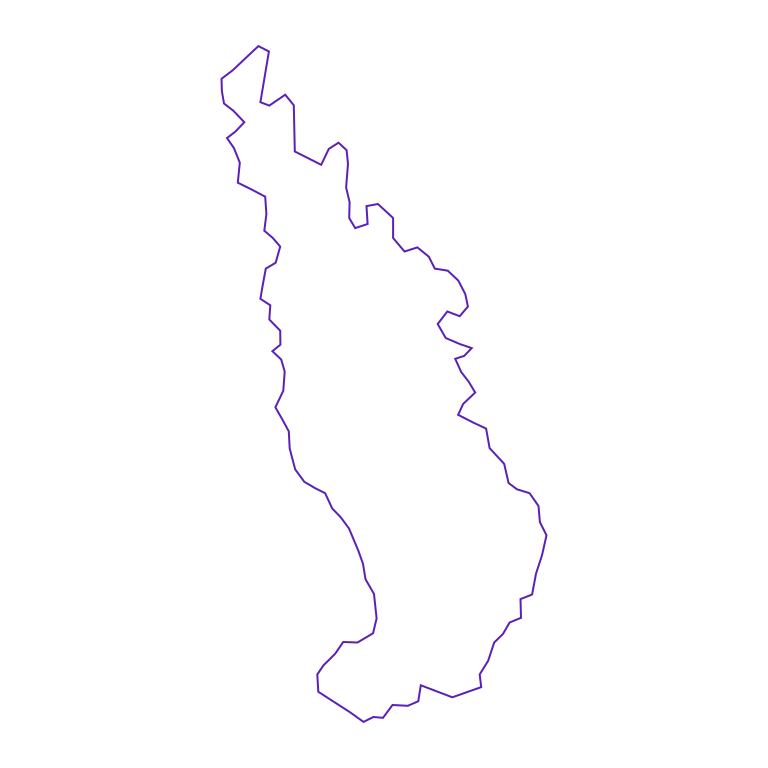 Vista Alegre, Rio Grande do Sul, Brazil (Equal Earth projection)
{"feature_id": "56859067B7058350465037", "entity_name": "Vista Alegre", "entity_type": "district", "adm_level": 2, "iso_a3": "BRA", "parent_name": "Brazil", "parent_adm1": "Rio Grande do Sul", "projection": "equal_earth", "projection_center": [-53.516, -27.316], "detail": "fine", "context": "isolated", "style": "outline", "palette": "violet", "viewbox_px": 768, "rotation_deg": 0, "n_neighbors": 0, "source": "geoboundaries", "source_scale": "gbopen_adm2", "svg_char_len": 1631}
<svg xmlns="http://www.w3.org/2000/svg" viewBox="0 0 768 768"><path d="M245.4,58.3L232.8,70.2L221.5,78.8L221.9,91.3L224.0,103.5L233.4,110.8L244.3,122.2L235.5,131.5L227.0,138.0L234.0,148.2L239.8,162.7L237.8,182.7L251.4,189.4L265.2,196.7L266.4,214.1L264.3,230.7L272.8,238.0L280.2,246.6L275.7,262.7L265.8,268.6L262.9,284.2L260.4,298.8L270.3,305.3L269.3,319.5L280.2,330.7L280.4,344.7L272.4,351.2L281.2,359.5L284.7,371.5L283.3,390.7L275.4,407.3L282.2,419.2L288.8,431.4L289.7,448.6L295.2,469.4L304.3,481.8L314.8,488.0L325.1,493.2L332.3,508.6L340.6,517.1L349.0,528.5L358.5,551.1L363.0,563.8L365.5,579.2L374.0,594.0L376.6,618.4L373.1,633.2L357.5,642.5L343.2,642.0L335.2,653.7L323.5,665.3L317.3,674.4L318.3,691.8L350.1,712.3L363.5,721.9L373.4,717.0L383.0,717.8L392.5,705.0L407.8,705.8L418.3,701.2L420.8,685.3L452.3,697.3L481.2,687.1L479.7,674.4L488.2,660.7L494.2,642.5L503.0,633.9L509.6,622.5L521.0,617.8L520.5,599.1L532.1,594.5L536.0,573.7L542.0,555.3L546.5,535.3L539.9,522.1L538.5,506.0L529.6,493.2L517.0,489.3L508.6,483.1L504.2,463.9L489.6,448.1L486.1,428.6L474.3,423.1L458.1,414.8L463.2,403.9L475.2,392.5L468.8,381.9L461.2,372.0L455.2,358.8L464.2,355.9L471.7,348.1L459.7,344.0L445.7,338.0L437.7,324.0L447.3,311.5L459.7,316.2L467.9,306.6L465.3,294.1L458.3,280.6L447.8,270.7L434.8,268.6L428.8,256.7L417.4,247.4L404.5,251.5L393.1,238.0L393.1,218.0L377.9,204.0L366.5,206.1L367.6,224.0L355.2,228.1L349.2,218.0L349.6,202.2L346.1,187.4L348.0,164.0L346.6,150.2L338.5,142.7L328.8,148.9L321.2,164.8L294.8,151.5L293.8,105.3L285.2,94.7L269.3,105.6L260.4,102.2L268.9,51.5L258.4,46.1L245.4,58.3Z" fill="none" stroke="#5b21b6" stroke-width="2"/></svg>